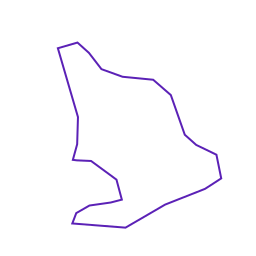 an SVG outline of Brčko Distrikt, rotated 255°
{"feature_id": "BIH-4803", "entity_name": "Brčko Distrikt", "entity_type": "state/province", "adm_level": 1, "iso_a3": "BIH", "parent_name": "Bosnia and Herzegovina", "parent_adm1": "", "projection": "natural_earth1", "projection_center": [18.842, 44.819], "detail": "fine", "context": "isolated", "style": "outline", "palette": "violet", "viewbox_px": 256, "rotation_deg": 255, "n_neighbors": 0, "source": "natural_earth", "source_scale": "10m", "svg_char_len": 454}
<svg xmlns="http://www.w3.org/2000/svg" viewBox="0 0 256 256"><g transform="rotate(255 128 128)"><path d="M111.5,66.5L125.5,74.7L151.5,82.5L223.2,80.9L223.6,101.3L210.7,109.7L191.7,117.6L178.9,136.0L168.1,164.8L148.7,177.9L106.8,181.1L94.0,189.5L79.3,206.5L55.2,205.0L49.3,186.7L44.4,144.0L32.4,99.8L50.2,49.5L59.2,56.0L63.1,70.7L60.5,92.0L60.4,103.5L81.1,103.5L105.7,83.8L110.0,70.2L111.5,66.5Z" fill="none" stroke="#5b21b6" stroke-width="2"/></g></svg>